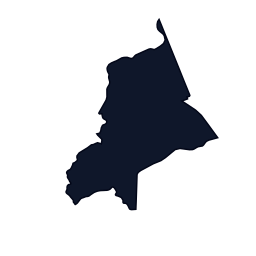 the Region of Savanes, rotated 55°
{"feature_id": "TGO-90", "entity_name": "Savanes", "entity_type": "Region", "adm_level": 1, "iso_a3": "TGO", "parent_name": "Togo", "parent_adm1": "", "projection": "robinson", "projection_center": [0.453, 10.505], "detail": "fine", "context": "isolated", "style": "filled", "palette": "ink", "viewbox_px": 256, "rotation_deg": 55, "n_neighbors": 0, "source": "natural_earth", "source_scale": "10m", "svg_char_len": 2667}
<svg xmlns="http://www.w3.org/2000/svg" viewBox="0 0 256 256"><g transform="rotate(55 128 128)"><path d="M64.5,46.9L62.3,46.3L59.8,44.7L57.8,42.6L56.9,40.3L63.1,41.7L69.5,43.2L84.5,46.6L112.3,53.0L123.0,55.5L136.7,58.6L136.9,58.8L137.1,59.2L137.2,59.6L137.0,60.2L136.9,60.8L136.7,61.4L136.3,61.9L138.3,62.5L136.8,68.4L152.1,62.4L159.7,60.7L171.5,60.4L187.4,60.1L184.3,68.7L183.9,71.4L184.2,72.9L185.2,75.8L185.4,77.3L183.5,81.4L183.3,82.9L183.1,86.0L182.7,87.5L181.1,90.0L174.5,97.2L172.7,101.8L173.7,114.4L173.6,119.8L171.8,127.6L170.1,141.9L170.2,145.1L171.2,147.2L180.4,154.1L192.1,162.9L199.1,168.2L196.9,171.9L196.3,172.5L195.4,173.1L194.7,173.1L191.4,172.5L190.4,172.5L189.2,172.6L188.4,173.1L187.0,174.7L186.4,174.8L185.8,174.6L184.8,173.8L184.2,173.5L181.4,173.3L180.6,173.6L178.3,175.0L176.4,176.5L175.7,176.6L175.2,176.3L174.9,175.7L174.7,175.0L174.3,174.4L173.7,174.0L172.9,173.7L169.2,173.5L167.9,174.1L167.3,174.6L167.3,175.3L167.5,176.0L167.8,177.9L167.5,179.6L166.9,181.0L163.3,186.7L162.1,189.4L161.7,191.0L161.3,192.7L161.2,197.0L161.3,198.3L161.3,198.9L161.1,199.7L160.8,200.5L160.1,201.7L159.8,202.7L159.4,204.5L159.1,205.4L158.9,206.3L158.8,207.1L158.9,207.8L160.4,212.5L160.5,214.2L160.4,215.1L160.2,215.2L159.1,215.0L157.9,215.3L157.2,215.1L156.1,214.4L155.4,214.2L151.5,214.6L149.9,214.6L148.1,215.1L146.6,215.6L145.7,215.7L145.0,215.5L144.5,215.1L143.5,213.4L143.0,212.9L142.5,212.5L141.4,211.8L141.0,211.3L140.6,210.8L140.4,210.1L140.3,209.4L140.4,208.8L141.0,207.6L141.0,207.1L140.7,206.7L140.1,206.4L139.4,206.4L138.3,206.4L136.4,206.0L134.9,206.0L133.9,205.9L133.2,205.6L132.3,204.7L131.7,204.4L129.6,204.0L129.1,203.6L128.8,203.1L128.6,202.3L128.5,201.5L128.7,199.9L128.8,199.2L128.6,198.4L128.3,197.6L127.0,195.3L126.1,194.0L125.4,193.3L125.8,191.0L125.5,188.2L124.5,187.3L123.1,186.9L121.6,185.8L120.4,182.2L121.0,172.4L120.8,167.7L121.7,165.8L122.1,163.5L122.6,161.4L125.7,158.9L123.2,156.5L122.0,155.9L116.6,156.9L114.9,156.9L116.0,154.1L114.7,151.9L112.6,149.8L111.2,147.3L111.4,146.1L111.8,144.6L111.8,143.1L110.6,141.7L109.3,141.4L108.2,141.8L107.1,142.4L105.7,142.8L104.5,142.6L101.2,141.2L100.9,141.6L100.6,142.5L100.1,143.3L99.1,143.4L98.8,142.9L92.6,129.9L90.6,127.5L84.1,123.0L83.1,121.6L81.7,118.5L80.7,117.2L79.6,116.4L75.8,115.0L74.7,114.2L73.9,113.3L73.1,112.7L70.2,112.3L68.8,111.8L67.4,111.1L66.4,110.1L65.1,107.2L65.2,104.3L65.9,100.8L66.4,98.8L67.0,93.0L68.0,90.6L69.7,88.1L72.2,86.2L73.2,85.1L73.5,83.6L72.8,80.9L72.7,79.5L75.4,65.6L76.0,64.2L77.0,63.1L78.0,62.3L78.9,61.4L79.2,59.6L79.5,54.7L79.2,50.4L77.3,47.1L73.2,45.4L70.9,45.4L66.8,46.6L64.5,46.9Z" fill="#0f172a" stroke="#020617" stroke-width="1.5"/></g></svg>